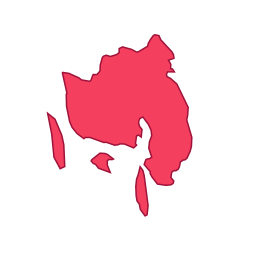 outline of San Juan, United States of America, rotated 236°
{"feature_id": "52423323B32782252789959", "entity_name": "San Juan", "entity_type": "district", "adm_level": 2, "iso_a3": "USA", "parent_name": "United States of America", "parent_adm1": "", "projection": "robinson", "projection_center": [-122.989, 48.606], "detail": "fine", "context": "isolated", "style": "filled", "palette": "rose", "viewbox_px": 256, "rotation_deg": 236, "n_neighbors": 0, "source": "geoboundaries", "source_scale": "gbopen_adm2", "svg_char_len": 1819}
<svg xmlns="http://www.w3.org/2000/svg" viewBox="0 0 256 256"><g transform="rotate(236 128 128)"><path d="M56.8,132.1L56.9,134.6L58.5,136.3L62.8,135.9L66.8,139.3L67.1,142.1L65.8,143.7L65.7,146.4L67.0,148.8L70.6,152.5L70.5,156.0L69.7,157.6L70.0,160.1L74.1,166.7L77.3,170.3L84.6,175.7L101.9,181.2L105.1,184.5L111.4,189.4L137.2,193.1L145.3,191.0L148.9,189.0L151.2,190.1L152.4,192.2L148.6,197.8L152.0,197.9L153.3,196.5L156.9,199.1L161.6,199.5L160.1,205.1L163.4,206.7L166.6,207.0L182.7,204.5L187.3,205.3L190.2,202.5L190.5,200.7L188.8,196.1L187.0,192.4L184.8,189.9L185.4,179.3L185.9,177.7L191.2,174.9L198.3,168.8L198.8,165.1L195.5,162.9L195.2,159.8L197.1,153.5L200.5,150.6L201.2,148.1L200.9,146.3L195.8,140.3L190.9,136.6L189.7,132.2L191.2,129.7L191.7,129.5L191.6,128.5L188.3,124.0L188.1,122.4L193.9,116.3L196.7,115.5L206.3,109.6L210.6,104.9L210.3,104.4L191.2,96.9L190.4,95.6L180.2,89.1L165.9,83.2L159.7,82.0L151.8,82.7L143.8,85.5L144.1,87.1L141.5,91.1L129.6,99.8L128.2,102.1L121.2,107.3L119.6,110.5L119.3,112.5L116.7,116.1L108.3,121.6L109.0,125.6L110.8,125.4L116.7,130.7L116.2,132.8L113.1,133.9L119.0,138.8L122.9,138.5L126.2,139.6L128.0,141.1L129.2,143.1L128.8,146.5L119.5,146.9L113.3,145.9L108.4,143.4L104.5,138.0L99.6,133.9L90.6,131.4L90.5,128.8L91.7,126.2L91.7,125.0L88.7,121.0L79.3,122.0L77.9,120.9L73.9,120.5L65.0,121.1L59.2,127.5L56.8,132.1ZM132.2,49.0L131.4,54.0L150.0,65.4L158.9,69.0L176.1,72.4L185.1,69.6L165.5,61.3L145.2,50.3L132.2,49.0ZM45.6,93.0L45.4,95.3L52.5,101.3L79.5,114.8L84.6,116.6L89.1,116.4L83.8,110.6L80.8,106.5L75.2,101.8L67.1,96.8L62.5,94.7L58.5,94.8L53.5,92.7L45.6,93.0ZM101.0,88.4L108.8,90.1L112.4,92.5L112.6,94.5L110.6,97.3L110.4,98.6L117.5,96.2L119.7,94.7L122.8,90.7L122.0,80.4L121.3,79.0L118.0,79.4L116.0,80.8L111.1,81.1L101.0,88.4Z" fill="#f43f5e" stroke="#9f1239" stroke-width="1.5"/></g></svg>